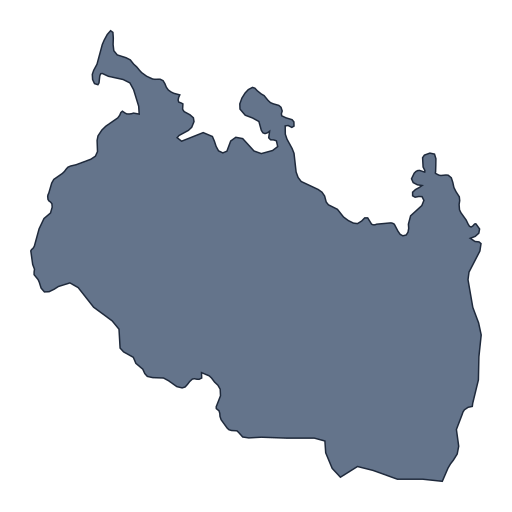 the Division of Rangpur
{"feature_id": "BGD-5492", "entity_name": "Rangpur", "entity_type": "Division", "adm_level": 1, "iso_a3": "BGD", "parent_name": "Bangladesh", "parent_adm1": "", "projection": "natural_earth1", "projection_center": [88.983, 25.892], "detail": "fine", "context": "isolated", "style": "filled", "palette": "slate", "viewbox_px": 512, "rotation_deg": 0, "n_neighbors": 0, "source": "natural_earth", "source_scale": "10m", "svg_char_len": 4029}
<svg xmlns="http://www.w3.org/2000/svg" viewBox="0 0 512 512"><path d="M474.7,395.1L472.7,403.3L472.3,406.4L468.1,407.3L464.4,409.8L462.9,412.2L462.2,414.3L456.4,429.5L458.7,446.2L457.2,454.0L453.4,460.1L450.4,464.0L448.0,468.1L442.3,481.3L422.7,479.2L397.4,479.2L373.0,470.4L357.5,466.5L340.4,477.2L332.2,468.4L325.7,452.8L324.9,441.0L314.3,438.1L286.6,438.1L261.3,437.2L248.8,437.9L242.7,437.0L238.4,432.2L236.9,430.8L231.5,430.5L228.9,429.7L227.1,428.0L221.1,419.7L220.0,416.4L219.8,413.4L219.0,410.8L216.3,408.6L216.2,406.8L220.5,395.8L220.2,389.2L217.9,385.2L214.6,382.1L211.5,378.0L209.3,375.9L201.5,372.6L201.7,378.0L199.1,379.3L196.7,379.2L194.4,378.7L192.3,379.1L189.6,381.6L187.4,384.5L185.1,387.0L182.1,387.9L176.8,386.6L168.5,380.7L163.5,378.0L152.6,377.6L147.3,376.4L144.8,373.6L142.8,369.2L135.9,363.4L133.3,357.3L123.6,351.9L120.1,348.1L119.0,329.2L112.2,320.9L93.6,307.2L78.2,287.6L69.9,282.9L58.4,286.5L54.2,289.2L49.1,291.7L44.4,291.9L41.1,288.1L39.3,282.3L38.1,279.6L34.1,274.7L34.1,271.9L34.5,269.2L32.7,264.5L30.8,250.9L31.6,249.5L32.9,248.5L34.3,246.3L39.1,228.8L44.0,218.5L50.5,213.0L52.2,207.1L51.9,203.7L50.5,202.0L48.9,200.9L48.0,199.4L47.7,196.4L48.0,194.8L48.8,193.1L51.7,183.1L53.8,179.4L62.3,173.5L64.5,171.4L66.1,169.2L67.9,167.2L70.7,166.0L75.9,164.8L90.9,159.2L95.4,156.2L97.5,151.6L97.1,140.4L98.0,135.9L101.9,130.0L105.8,126.2L117.8,117.9L119.7,115.3L120.9,112.5L122.4,111.2L125.0,113.0L126.7,113.9L129.1,114.0L131.6,113.7L133.5,113.1L139.2,114.1L138.7,106.3L133.6,89.7L129.9,82.9L123.1,79.5L108.4,76.3L102.4,73.5L100.7,73.7L99.8,75.8L99.0,82.9L97.9,84.7L94.5,83.6L92.6,79.5L92.3,74.4L93.7,70.3L97.0,64.2L102.3,44.5L104.2,40.1L107.3,34.4L110.6,30.7L112.9,32.4L113.3,38.1L113.1,44.6L113.8,50.7L117.2,54.9L126.2,57.8L130.3,59.9L133.6,64.1L136.8,67.0L139.5,70.3L141.6,72.6L146.7,76.3L152.6,79.0L154.7,79.3L160.1,79.2L163.1,80.7L164.9,83.7L166.3,87.2L168.3,90.0L171.1,92.0L173.8,93.3L179.8,94.9L178.7,97.3L178.1,100.0L178.7,102.1L181.0,102.9L182.9,103.9L182.6,109.3L184.1,111.6L190.0,114.8L193.4,117.8L194.0,121.6L191.7,127.3L188.4,130.4L179.0,135.5L177.1,137.7L181.6,141.2L203.2,132.6L212.4,136.5L214.4,141.2L216.1,146.4L218.5,150.8L222.8,152.9L226.9,151.2L230.7,141.0L235.8,137.3L242.7,138.6L254.0,151.0L261.3,153.6L272.6,150.5L277.7,146.6L276.4,140.8L273.6,139.9L270.6,139.8L268.7,137.8L269.6,131.2L267.2,132.9L265.0,133.6L262.9,132.8L261.3,130.3L258.9,121.5L252.6,118.0L245.2,115.2L240.0,109.1L239.8,103.9L241.9,98.1L245.1,93.0L248.3,89.6L252.5,87.4L254.9,88.2L257.2,90.7L261.3,94.0L264.1,95.6L268.0,100.4L270.4,102.6L273.2,103.8L278.8,105.4L281.0,107.3L282.2,111.0L281.4,113.7L281.7,115.8L285.9,117.8L292.1,119.7L293.9,121.9L294.0,126.1L291.8,127.4L288.1,125.5L285.2,125.9L285.3,134.2L287.0,139.2L292.1,148.5L294.0,153.3L296.1,172.0L298.1,177.5L301.2,181.5L318.2,189.5L322.0,192.2L324.6,196.0L326.2,202.0L328.4,204.8L337.4,209.3L343.5,217.0L348.2,220.5L353.4,223.1L357.5,223.6L361.7,221.0L364.7,217.9L367.7,217.9L371.6,224.2L372.8,224.7L374.0,224.9L375.3,224.7L376.6,224.2L390.5,222.9L391.8,223.0L393.1,223.5L394.3,224.2L397.9,231.1L400.1,234.3L402.8,235.8L406.2,235.0L408.0,232.2L408.7,228.3L408.4,224.2L410.6,215.8L421.8,205.6L423.9,200.4L422.0,196.6L418.7,196.5L415.1,197.2L412.6,195.8L412.6,192.2L415.4,189.6L419.1,187.6L422.1,185.5L417.4,184.8L413.2,182.6L411.5,178.8L414.2,173.2L415.9,171.5L417.6,170.6L419.5,170.4L424.7,172.1L424.9,170.6L423.1,167.0L422.6,157.7L424.4,155.1L429.9,153.1L434.5,154.1L435.9,158.7L435.8,165.0L435.6,171.7L435.3,173.0L435.9,173.6L439.0,175.2L440.9,175.5L446.0,175.0L448.2,175.2L451.3,177.8L452.8,182.4L453.9,187.5L456.0,191.7L459.3,196.8L459.7,200.6L459.1,204.5L459.5,209.8L460.9,212.7L466.2,220.1L468.1,224.1L469.5,226.3L471.1,227.0L472.7,226.1L474.5,224.1L475.0,223.9L475.5,223.8L475.8,223.8L476.1,224.1L479.6,229.0L478.8,233.2L475.2,236.4L470.2,238.3L475.0,241.5L479.0,241.9L481.0,243.6L479.9,251.0L469.0,272.1L468.0,279.7L472.8,307.4L478.6,322.9L481.2,335.0L478.9,356.7L478.4,379.9L474.7,395.1Z" fill="#64748b" stroke="#1e293b" stroke-width="1.5"/></svg>